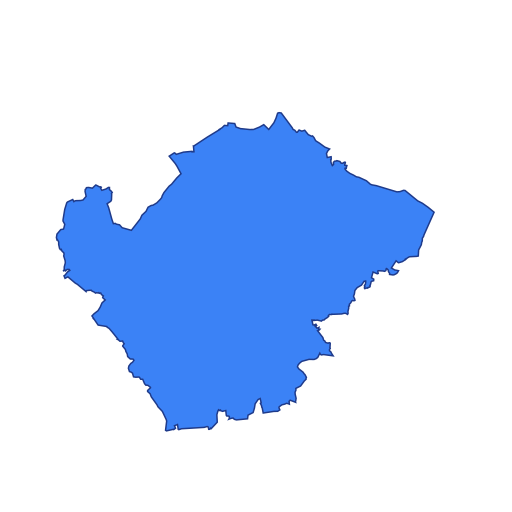 Tarímbaro, Michoacán, Mexico, rotated 149°
{"feature_id": "50627088B67720423022002", "entity_name": "Tarímbaro", "entity_type": "district", "adm_level": 2, "iso_a3": "MEX", "parent_name": "Mexico", "parent_adm1": "Michoacán", "projection": "robinson", "projection_center": [-101.153, 19.816], "detail": "fine", "context": "isolated", "style": "filled", "palette": "blue", "viewbox_px": 512, "rotation_deg": 149, "n_neighbors": 0, "source": "geoboundaries", "source_scale": "gbopen_adm2", "svg_char_len": 6140}
<svg xmlns="http://www.w3.org/2000/svg" viewBox="0 0 512 512"><g transform="rotate(149 256 256)"><path d="M415.9,292.4L419.6,290.5L424.6,289.9L427.5,289.1L427.3,286.3L427.7,286.2L427.3,284.8L426.9,278.1L420.2,272.4L420.3,271.7L419.2,269.6L418.5,265.6L417.2,256.1L417.8,256.1L417.1,254.9L416.5,253.0L414.1,251.8L414.4,250.2L414.2,248.7L416.5,247.7L416.7,247.4L416.1,243.1L416.7,241.2L416.8,238.5L417.8,235.9L416.9,232.7L416.6,232.3L414.5,231.0L414.3,229.5L416.6,228.5L418.7,228.4L421.6,227.2L423.2,225.5L424.0,222.1L422.8,220.7L422.2,219.2L423.2,215.5L421.6,214.1L418.8,212.6L418.4,212.1L418.3,209.7L416.6,208.7L417.3,203.9L416.9,201.9L416.2,201.6L415.2,200.7L414.1,197.8L414.3,197.4L418.0,196.6L418.5,196.2L418.7,195.6L417.7,192.5L418.3,189.2L417.5,179.4L417.7,177.3L416.3,171.0L416.6,167.8L417.2,162.0L417.6,160.5L423.3,153.2L422.8,152.2L415.8,149.9L415.8,149.6L413.7,149.8L413.3,152.5L410.1,152.0L411.9,147.6L411.4,147.3L411.5,146.9L408.8,146.3L388.7,135.8L385.7,135.0L385.0,133.9L385.8,131.8L384.9,131.3L383.5,131.8L383.3,131.1L374.8,133.5L371.3,140.1L368.8,142.5L367.3,143.5L366.9,142.6L367.1,142.5L366.7,142.2L366.5,142.5L365.8,142.3L366.0,141.7L364.7,140.1L361.5,139.1L363.5,134.8L363.5,134.0L361.7,132.7L361.6,132.0L362.6,130.5L363.3,130.1L361.0,129.7L359.1,128.9L358.7,127.2L357.2,125.6L347.1,120.8L344.8,123.7L339.1,123.3L335.7,126.4L332.9,129.7L328.1,131.9L325.8,131.7L327.2,127.5L328.1,127.5L328.4,124.5L328.9,123.7L328.9,122.6L330.7,117.7L320.7,113.6L317.4,111.7L314.8,111.8L314.5,114.1L313.8,114.8L310.5,115.1L307.5,114.2L305.9,114.1L304.6,113.0L303.7,111.8L302.5,114.4L301.0,114.8L297.4,110.2L297.2,111.0L296.7,111.2L294.9,113.4L293.6,117.4L292.7,119.1L290.8,120.5L290.1,122.0L284.7,121.6L279.0,124.0L276.5,124.6L276.0,125.6L275.3,126.0L275.1,129.2L275.4,130.1L275.5,132.2L277.4,137.1L277.6,139.6L276.1,140.9L273.9,141.7L271.0,142.1L263.8,140.1L259.5,137.4L257.1,137.0L255.2,137.3L251.4,139.8L251.5,138.7L251.0,137.6L248.8,136.7L241.3,130.7L241.4,133.9L241.2,135.2L241.8,136.9L241.2,138.0L239.9,138.6L239.7,139.8L239.4,139.9L237.3,143.0L237.4,143.5L238.0,144.0L239.1,144.1L240.9,146.1L240.8,147.8L241.4,149.0L240.7,151.6L241.7,160.3L239.7,160.0L239.0,160.3L240.1,160.9L238.8,162.4L240.9,162.7L241.1,163.8L240.9,164.5L241.5,164.9L241.4,165.7L239.8,165.3L239.8,166.7L241.7,166.9L242.6,167.7L241.1,172.3L239.4,171.3L239.7,171.0L236.5,169.5L233.4,166.5L232.2,166.8L230.4,166.1L229.1,166.5L226.5,166.5L224.7,166.9L224.6,167.7L223.1,168.0L221.6,167.0L220.8,167.1L220.6,166.7L212.4,162.2L210.0,161.5L208.6,160.6L207.6,158.8L206.7,159.3L205.7,161.2L203.4,163.5L202.5,165.2L201.6,165.1L200.8,166.6L199.1,167.0L196.8,168.2L196.0,168.1L195.4,167.4L194.5,167.0L194.0,167.0L193.5,168.5L193.4,170.1L193.1,171.3L191.2,172.8L189.0,175.5L185.5,176.8L180.6,176.7L176.3,178.7L176.0,178.4L174.9,178.1L175.2,177.4L176.8,175.4L178.2,175.0L178.4,173.8L178.9,173.7L179.6,172.6L179.5,171.9L178.4,171.9L176.9,171.0L176.7,171.4L174.5,170.8L173.8,171.2L173.6,172.0L173.1,172.1L170.6,174.6L170.0,174.8L167.9,174.2L167.0,175.5L168.2,177.9L163.9,182.0L161.2,178.3L160.2,178.1L159.6,180.0L158.9,180.5L154.9,177.8L153.6,176.6L152.2,176.6L151.2,177.8L150.7,178.1L150.4,177.8L149.9,176.0L150.5,174.3L150.4,172.3L151.0,171.4L148.6,169.4L147.5,168.8L145.2,168.6L143.5,168.8L141.4,170.0L144.3,172.6L146.1,176.0L138.4,179.7L137.4,176.9L137.0,176.7L133.4,175.8L130.4,175.9L129.8,176.3L129.8,175.9L127.2,176.4L124.8,176.3L118.4,172.9L116.9,172.4L113.5,177.4L108.5,180.5L106.9,182.4L105.7,183.3L104.2,185.6L102.4,186.4L101.1,187.6L80.8,201.8L83.3,208.9L86.2,215.5L89.0,220.0L94.5,235.4L95.7,236.3L99.4,237.0L102.2,238.4L116.7,254.4L119.9,257.2L121.0,258.6L122.6,263.6L127.2,270.4L129.2,272.2L130.8,275.2L133.0,278.5L134.5,282.0L134.9,284.4L134.6,285.3L133.4,284.7L132.8,285.4L132.8,285.8L131.5,286.5L131.5,286.8L133.2,288.1L132.6,289.0L131.4,289.8L131.2,290.3L131.4,290.7L133.0,291.0L133.8,290.7L135.2,291.7L135.4,293.8L137.6,296.1L138.3,296.1L139.9,296.8L141.4,296.4L142.4,294.5L144.0,294.2L143.6,297.3L142.9,299.1L142.2,299.7L142.3,300.1L141.8,300.2L141.2,301.0L140.5,302.4L144.2,303.7L142.8,307.6L140.2,309.2L137.8,309.8L140.9,313.9L143.6,320.3L145.1,323.2L145.5,324.3L145.3,327.6L145.7,329.8L146.6,330.0L148.7,333.1L149.5,338.7L152.4,339.4L154.2,341.8L156.9,340.8L157.6,341.2L158.0,343.9L159.0,345.3L158.9,347.3L160.7,365.6L162.4,367.0L163.9,367.3L167.9,363.8L172.0,361.0L179.9,357.9L181.7,364.6L186.5,364.7L192.9,365.7L196.2,367.6L203.7,373.2L206.7,376.8L206.0,380.5L211.4,384.4L213.1,382.3L215.8,384.2L219.1,383.4L222.2,383.4L222.1,383.1L236.4,383.0L252.8,382.3L253.0,382.5L255.5,377.3L257.2,378.2L257.0,378.7L264.7,382.4L272.0,384.2L272.2,385.4L272.9,386.5L279.0,386.3L277.6,376.9L277.5,373.6L277.9,365.1L283.7,363.7L291.4,361.0L294.5,360.6L302.2,357.8L305.4,355.9L306.8,354.6L308.7,353.9L313.7,352.6L318.1,352.6L319.9,353.3L323.4,353.4L327.3,350.9L332.8,349.7L336.1,347.4L349.6,342.2L356.2,349.2L356.9,353.0L359.3,355.2L359.8,356.4L361.6,357.2L360.6,361.9L357.4,373.3L356.7,377.5L352.3,377.7L351.0,378.5L347.8,383.4L347.7,384.0L346.5,384.5L346.7,386.2L347.4,388.4L346.3,390.2L347.2,390.8L350.1,390.7L354.3,391.7L354.3,394.0L353.2,394.6L353.5,395.3L354.5,395.8L356.6,399.2L356.8,399.4L361.3,398.4L364.1,400.9L365.8,401.8L366.4,401.8L366.9,401.2L368.1,401.0L369.3,399.3L370.9,394.6L375.5,393.1L377.8,393.9L381.9,396.2L383.0,396.5L384.1,396.4L384.0,398.8L389.8,399.4L390.9,399.0L396.0,394.4L402.7,386.5L403.4,385.4L403.6,381.7L405.8,379.4L407.2,378.2L409.7,379.2L415.3,377.3L417.6,374.6L418.3,372.3L417.8,372.3L417.9,369.7L419.2,367.5L420.5,363.7L420.4,362.1L419.5,362.0L419.8,360.0L419.1,357.8L419.6,356.4L420.8,355.1L422.0,350.3L423.0,348.3L426.0,345.4L427.4,343.1L429.1,342.3L427.0,342.3L427.0,341.4L424.7,341.8L424.3,341.3L423.2,340.9L423.0,340.6L423.2,340.4L423.0,339.6L425.8,339.4L429.4,338.0L430.8,337.9L431.2,335.2L428.0,335.0L424.9,325.9L423.7,323.7L420.0,313.0L419.3,313.7L416.6,312.5L414.8,311.4L414.6,310.2L413.6,309.0L412.6,306.8L411.4,306.6L410.4,305.6L409.6,305.6L409.5,304.7L408.4,304.4L408.1,304.1L408.4,302.7L407.4,300.4L408.7,299.6L408.8,298.9L407.9,296.0L412.2,295.1L415.9,292.4Z" fill="#3b82f6" stroke="#1e3a8a" stroke-width="1.5"/></g></svg>